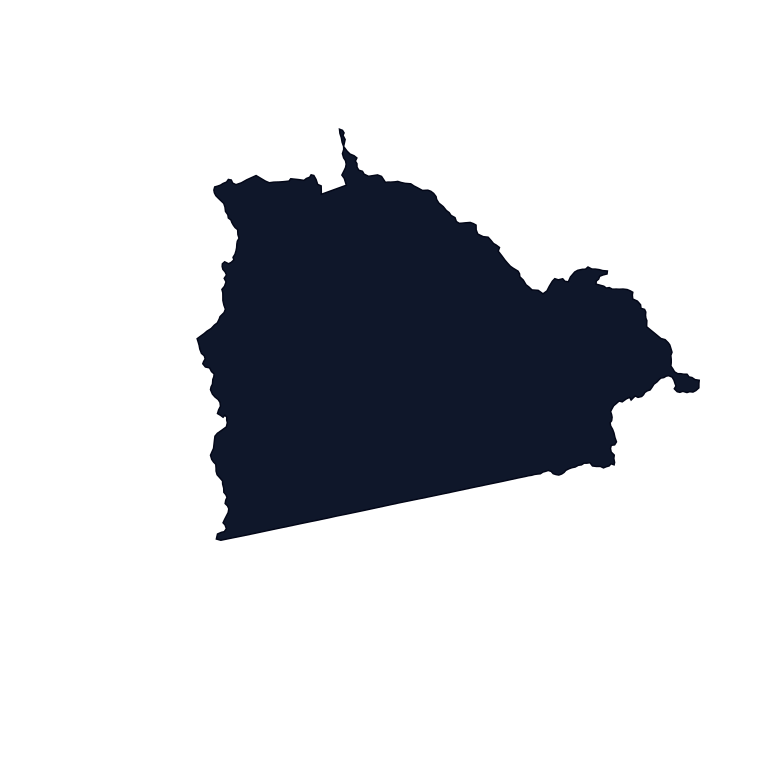 the district of Aceguá, Rio Grande do Sul, Brazil, rotated 307°
{"feature_id": "56859067B24209347945179", "entity_name": "Aceguá", "entity_type": "district", "adm_level": 2, "iso_a3": "BRA", "parent_name": "Brazil", "parent_adm1": "Rio Grande do Sul", "projection": "orthographic", "projection_center": [-54.091, -31.693], "detail": "fine", "context": "isolated", "style": "filled", "palette": "ink", "viewbox_px": 768, "rotation_deg": 307, "n_neighbors": 0, "source": "geoboundaries", "source_scale": "gbopen_adm2", "svg_char_len": 5104}
<svg xmlns="http://www.w3.org/2000/svg" viewBox="0 0 768 768"><g transform="rotate(307 384 384)"><path d="M549.4,208.8L547.0,210.7L542.9,212.2L540.3,215.7L539.2,218.8L536.8,221.5L533.8,223.0L530.5,223.7L525.5,224.6L524.3,228.5L522.0,231.7L520.1,234.3L497.8,219.8L500.9,217.4L504.4,214.6L503.5,210.9L506.5,206.6L508.3,202.5L507.2,199.9L504.4,200.2L501.4,198.3L498.5,197.6L496.0,193.0L491.8,186.0L488.9,186.0L486.9,183.9L484.8,181.6L482.5,179.0L478.8,174.4L475.7,171.3L474.7,167.3L473.5,156.4L464.5,151.5L458.8,149.0L454.1,145.8L453.4,142.2L455.0,139.3L453.7,136.6L450.5,136.7L447.3,134.8L444.4,133.7L442.0,132.1L439.5,130.2L436.5,131.4L434.6,133.5L433.2,136.4L432.7,139.7L432.3,142.9L431.8,147.3L429.6,150.5L426.4,153.6L425.2,157.4L422.9,159.8L422.9,163.0L421.4,165.3L420.1,168.3L419.3,171.0L419.2,174.2L415.3,177.5L413.2,180.5L409.8,180.9L407.3,182.2L404.1,184.3L401.2,185.7L397.9,186.9L394.3,187.2L392.8,189.4L389.3,188.8L386.5,187.5L385.7,183.2L382.7,182.6L380.5,184.0L378.6,186.3L377.9,189.6L376.3,192.6L372.2,192.8L370.5,196.4L366.0,197.8L362.0,197.6L359.9,200.3L357.0,202.6L353.7,205.1L350.7,208.6L348.3,212.3L344.8,213.3L342.0,212.9L339.1,212.5L336.7,213.3L332.5,214.1L329.0,213.1L324.3,212.6L319.6,210.8L315.9,210.0L312.7,209.0L307.7,207.5L305.8,210.2L303.7,213.0L301.1,215.8L298.6,219.8L298.4,223.4L296.4,226.1L293.4,226.4L291.1,227.1L290.1,231.1L291.9,235.0L290.1,238.8L289.8,242.3L287.2,243.8L284.7,244.5L280.6,247.1L277.7,247.6L275.1,248.8L272.7,253.0L271.9,256.8L271.8,260.9L270.6,264.1L267.8,266.8L263.8,267.5L260.2,268.8L260.6,272.3L260.6,275.5L263.3,275.7L262.9,278.4L260.6,280.0L258.8,282.2L254.9,283.9L249.3,282.2L244.4,280.6L240.6,280.4L237.1,282.4L233.4,284.6L230.0,286.6L226.9,287.3L222.7,288.3L220.1,291.8L219.1,294.8L218.6,298.0L215.5,300.7L213.4,302.3L211.1,305.3L210.3,309.3L209.4,313.4L207.0,315.3L204.4,318.6L201.1,321.3L200.4,324.3L199.0,326.9L196.0,327.5L192.9,329.1L192.5,332.3L191.0,335.1L187.6,336.9L184.1,337.5L180.0,338.2L176.3,339.0L175.8,341.8L173.6,345.2L169.9,345.3L167.7,343.4L164.0,341.3L159.3,343.4L161.0,347.7L186.1,369.9L202.0,383.7L217.3,397.1L222.6,401.7L243.4,420.0L249.9,425.5L257.4,432.2L271.1,444.2L297.4,466.9L322.5,489.1L338.4,503.0L352.6,515.3L364.7,525.9L377.2,536.9L389.2,547.2L395.4,552.7L397.6,554.5L399.9,556.8L402.3,558.6L404.3,560.6L406.4,562.9L409.3,563.9L411.2,565.4L413.8,567.2L414.8,570.1L414.2,573.1L415.2,575.9L416.5,578.4L419.1,580.1L421.7,581.0L424.5,581.2L427.4,582.6L430.2,584.4L432.8,586.7L436.0,588.1L438.3,590.4L441.1,591.4L442.9,593.7L445.1,595.9L444.0,599.8L446.0,603.3L448.4,606.4L449.1,609.8L451.4,611.1L454.1,613.1L456.9,613.3L457.9,616.4L460.1,615.4L462.9,612.3L465.8,610.7L466.4,606.4L468.8,603.7L471.8,602.4L474.2,604.8L477.7,604.5L480.3,600.6L483.3,597.1L485.4,593.8L486.9,590.3L489.1,587.9L491.7,587.9L494.7,586.2L496.6,584.1L498.3,581.6L500.6,581.1L504.8,580.5L508.9,581.4L511.9,582.0L513.1,585.0L518.0,586.5L521.2,588.2L519.9,591.0L523.0,591.4L525.6,591.8L526.2,594.9L529.1,597.3L531.6,597.7L534.2,597.4L537.0,598.4L539.4,600.1L542.6,600.0L546.3,599.7L550.1,600.8L552.6,601.0L555.3,601.5L557.5,603.6L560.2,604.7L562.0,606.4L562.9,610.0L561.5,613.3L559.6,616.0L558.1,618.4L554.9,618.7L554.3,622.8L555.4,625.3L558.0,627.1L559.5,631.1L561.8,632.7L563.5,635.6L566.4,637.0L570.4,637.8L574.2,635.0L576.7,633.5L574.7,629.8L574.5,626.0L573.2,623.4L574.2,620.2L572.2,617.5L570.7,614.6L569.0,612.4L568.6,608.7L569.9,605.6L571.0,602.3L574.0,600.5L576.6,598.5L579.4,595.9L582.7,594.9L585.2,591.5L587.2,588.7L588.0,586.1L588.6,581.8L587.0,577.8L587.4,569.1L587.6,563.5L587.8,559.3L590.3,557.5L592.8,555.8L594.2,553.5L596.3,551.5L599.0,549.8L600.4,547.2L599.1,543.7L601.7,541.2L602.7,536.5L601.6,531.5L604.5,528.8L607.0,527.5L606.6,524.6L605.8,521.4L603.7,517.8L601.3,514.9L599.6,512.4L597.2,509.4L596.6,505.9L594.4,503.8L594.4,500.7L593.0,497.2L591.4,493.2L593.9,491.6L596.9,492.3L599.8,491.4L602.9,493.3L606.1,495.9L608.7,494.4L606.2,490.4L604.9,487.1L603.0,483.7L600.9,480.8L600.2,476.5L596.9,475.8L595.0,473.4L591.4,470.3L588.2,468.9L581.7,468.5L576.6,469.7L574.9,466.7L575.6,463.4L572.1,460.5L570.9,457.0L567.4,456.6L561.5,457.2L556.4,458.1L551.7,456.7L551.6,450.8L548.2,445.6L548.7,441.2L548.7,437.8L550.8,432.7L551.4,427.9L553.6,425.9L554.8,423.2L554.2,417.3L554.1,414.0L554.9,409.8L555.7,406.2L557.3,400.9L558.8,395.3L562.5,394.1L562.5,390.0L562.1,386.9L563.1,382.9L563.9,378.8L561.4,374.6L560.7,371.3L560.2,368.6L562.6,364.8L566.3,361.9L565.9,358.9L564.9,355.6L561.8,352.1L559.3,349.4L557.6,347.4L557.3,344.0L559.6,340.6L559.0,336.0L560.1,332.9L560.1,329.3L561.3,324.6L561.5,318.9L563.1,314.9L565.0,312.8L566.1,308.9L566.1,305.4L565.2,302.4L561.7,298.2L560.9,292.7L560.2,288.8L560.0,284.9L556.9,280.0L555.2,276.3L554.1,273.1L551.8,270.8L549.2,267.8L547.7,265.7L545.9,263.8L548.3,257.1L547.1,253.0L540.6,246.7L539.6,241.8L540.9,238.8L539.6,235.2L541.0,231.9L543.7,229.8L544.8,227.0L548.2,226.3L548.3,222.7L547.2,218.4L547.8,214.2L549.4,208.8ZM549.4,208.8L555.9,205.8L557.9,201.6L560.5,201.0L561.6,198.2L560.7,195.1L557.6,198.0L555.0,201.7L551.9,205.0L549.4,208.8Z" fill="#0f172a" stroke="#020617" stroke-width="1.5"/></g></svg>